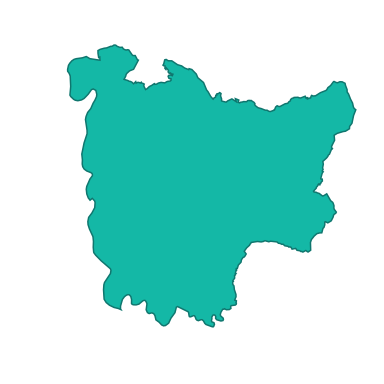 the district of Mica, Cluj, Romania, rotated 281°
{"feature_id": "2599482B98044296653209", "entity_name": "Mica", "entity_type": "district", "adm_level": 2, "iso_a3": "ROU", "parent_name": "Romania", "parent_adm1": "Cluj", "projection": "natural_earth1", "projection_center": [23.988, 47.128], "detail": "fine", "context": "isolated", "style": "filled", "palette": "teal", "viewbox_px": 384, "rotation_deg": 281, "n_neighbors": 0, "source": "geoboundaries", "source_scale": "gbopen_adm2", "svg_char_len": 5990}
<svg xmlns="http://www.w3.org/2000/svg" viewBox="0 0 384 384"><g transform="rotate(281 192 192)"><path d="M304.0,337.1L304.9,335.3L306.3,334.2L310.0,332.6L313.4,329.9L318.0,327.0L319.8,325.2L322.1,324.7L326.0,322.3L327.9,321.5L328.8,318.4L328.5,316.2L327.0,314.0L327.0,312.4L327.6,310.6L327.4,309.9L322.9,307.7L320.4,305.5L318.2,304.8L317.2,304.1L314.0,299.1L310.0,294.9L309.3,292.4L309.7,291.1L308.8,290.6L307.0,290.5L306.1,288.2L305.4,287.9L305.4,287.5L306.6,287.3L306.4,286.8L306.6,286.6L306.4,285.9L306.0,285.9L306.1,285.6L307.6,284.8L305.0,280.7L304.9,279.1L305.2,278.0L304.3,274.1L303.6,273.7L303.2,272.5L301.7,271.2L300.2,271.1L299.1,269.9L297.3,269.0L296.4,266.6L292.7,262.0L292.5,260.7L292.9,259.1L291.4,257.9L288.2,257.3L288.2,256.8L287.4,256.1L285.9,253.5L285.9,251.9L286.6,250.3L286.3,248.2L287.1,244.1L287.3,240.8L288.9,237.6L290.0,236.8L290.8,236.9L291.8,235.8L293.2,232.4L292.6,231.5L292.9,230.7L292.3,229.2L291.1,228.4L290.5,225.1L289.9,224.3L289.5,222.8L288.6,221.8L288.8,220.3L291.2,220.4L291.9,216.8L289.1,218.2L291.0,213.4L288.4,209.8L286.7,208.3L286.9,204.5L287.1,203.6L289.0,203.3L291.8,201.7L294.2,201.7L294.8,200.4L294.8,200.0L293.9,199.6L293.1,197.7L292.3,197.4L291.9,197.8L291.3,196.9L289.6,197.0L288.6,195.7L287.2,195.0L289.3,192.2L293.5,188.6L294.9,186.9L301.7,182.4L305.3,175.9L308.6,173.7L312.2,168.5L312.5,165.6L311.5,165.4L312.3,161.1L313.8,157.8L314.2,153.5L316.9,147.2L316.3,143.6L317.2,141.3L316.5,140.0L312.2,139.8L311.0,139.3L310.6,139.9L310.5,141.6L308.2,141.8L307.3,143.0L308.8,143.2L307.5,145.0L306.3,145.9L305.4,145.6L304.5,146.4L304.2,147.4L304.8,147.8L304.6,148.5L304.1,148.7L304.0,150.8L302.4,150.5L302.7,148.5L302.0,146.8L301.0,146.5L299.2,147.6L299.0,148.2L299.2,149.7L297.6,150.1L296.8,149.5L295.8,146.6L293.9,144.4L293.7,140.7L292.5,138.2L291.0,136.5L290.6,134.8L291.2,134.5L290.9,134.0L289.1,132.3L287.4,130.0L284.8,128.2L283.7,126.9L286.5,124.7L287.7,124.3L288.8,124.5L289.2,123.4L289.2,122.1L290.1,121.3L289.0,120.4L289.3,119.8L289.4,118.5L289.2,117.7L288.2,116.4L289.6,115.7L287.1,114.0L288.4,111.9L288.8,110.1L288.7,109.2L289.2,107.7L289.6,103.8L292.9,104.8L294.8,104.9L296.0,105.4L299.0,107.6L301.3,111.2L311.2,114.2L311.5,113.1L315.1,110.2L314.7,108.0L315.1,107.2L319.4,102.8L319.3,101.2L318.8,100.5L318.8,99.5L319.3,97.4L320.8,95.9L320.2,93.6L320.7,90.8L321.6,89.1L321.4,87.4L319.8,85.8L319.5,84.4L317.2,80.8L316.4,78.4L314.5,74.6L312.9,72.7L310.1,73.3L306.2,74.7L306.9,75.7L303.8,76.5L303.4,66.3L304.8,62.4L302.8,58.8L300.8,53.0L299.7,50.9L297.8,49.0L295.2,47.5L292.8,46.6L288.6,46.5L286.8,46.9L285.1,48.7L282.7,50.3L272.4,52.8L263.8,53.7L262.5,54.8L260.4,58.1L259.8,59.9L259.8,62.5L261.3,66.0L263.2,68.2L265.3,69.6L268.3,71.5L273.3,73.8L274.3,75.4L273.4,78.2L269.7,79.9L267.4,80.1L263.6,79.2L260.3,78.0L254.5,76.7L250.2,74.4L245.9,73.6L242.8,73.6L232.6,77.2L229.2,77.9L219.5,76.7L208.2,76.6L202.6,78.3L198.5,78.9L196.0,79.9L193.9,81.8L192.5,84.8L191.8,88.8L191.1,90.4L190.1,90.9L188.9,91.1L185.4,89.4L177.4,87.6L174.5,87.7L170.0,89.1L166.4,91.3L164.5,93.5L166.7,95.3L164.7,98.1L163.1,98.9L158.1,99.5L152.4,97.8L147.4,95.4L143.2,95.4L140.1,96.2L136.1,98.4L129.3,103.3L124.7,104.7L118.9,105.6L114.4,106.9L113.6,107.3L111.6,109.5L107.1,116.0L101.1,126.5L99.6,127.4L96.4,127.5L86.5,123.4L84.1,123.2L79.2,123.8L70.0,126.2L67.1,128.9L65.1,132.6L63.8,137.5L63.6,141.9L63.0,144.7L63.7,144.1L66.5,143.6L73.3,144.2L76.4,145.7L78.2,147.3L79.0,148.7L79.1,150.2L77.7,151.9L74.9,153.2L71.0,153.9L70.3,154.7L70.1,155.9L70.5,158.6L71.8,161.3L75.8,164.5L76.5,165.7L76.6,166.6L75.8,167.7L73.7,169.1L67.6,169.5L65.1,171.3L64.5,173.1L65.7,175.6L65.3,177.6L63.6,179.2L59.6,181.0L57.9,184.6L55.7,187.6L55.2,189.6L55.9,191.5L58.8,194.1L64.1,195.4L70.3,198.3L75.9,198.6L76.8,199.7L73.7,211.1L72.9,211.7L69.6,212.9L69.1,213.3L69.2,214.5L70.9,217.0L71.0,217.9L70.4,218.7L67.8,220.3L67.1,221.4L66.9,222.8L68.4,225.3L68.5,226.5L67.5,228.0L65.6,229.5L64.6,231.0L63.6,237.2L63.6,238.4L64.1,238.9L66.4,239.3L67.9,238.5L68.4,236.1L69.1,235.7L71.5,235.7L73.1,235.3L75.3,236.2L75.6,237.5L75.3,238.2L74.4,239.0L72.4,239.3L71.3,240.7L70.9,245.0L71.7,246.9L72.7,247.2L74.1,246.7L75.9,243.7L76.9,243.2L79.3,243.3L82.5,244.4L82.9,244.7L83.0,245.7L83.6,246.1L83.0,248.2L83.7,251.0L85.1,252.4L86.9,251.8L87.9,252.1L89.3,256.1L90.2,256.8L91.4,256.8L91.8,256.3L93.6,256.4L94.0,255.7L93.9,254.7L94.2,254.5L97.5,255.2L99.8,254.7L104.3,252.2L107.8,251.1L109.2,249.6L111.7,249.1L112.1,249.6L112.7,249.0L115.6,250.3L118.1,249.7L118.9,250.4L119.5,250.2L120.2,250.7L120.3,250.1L122.8,250.2L123.6,250.6L123.8,250.1L124.4,250.5L125.3,250.1L125.7,251.1L129.1,251.4L132.4,253.5L135.0,253.5L137.5,254.6L138.0,255.5L139.1,256.2L141.5,257.0L143.8,254.6L147.6,256.3L150.8,258.7L151.6,258.7L152.3,259.3L153.8,259.8L155.9,265.7L156.2,269.4L157.0,271.4L158.1,272.9L157.8,276.9L158.7,278.6L159.2,284.9L158.2,286.6L158.3,288.3L157.8,290.1L158.1,291.4L156.9,293.4L157.0,296.5L156.4,297.6L156.8,298.6L156.6,299.8L155.0,301.1L156.4,304.5L154.8,306.2L154.9,309.0L154.3,310.4L154.6,311.1L154.2,312.3L156.3,314.9L155.3,316.9L155.3,317.5L157.5,319.6L165.1,317.9L168.1,318.3L172.0,320.3L174.9,322.5L176.2,325.1L176.7,327.2L181.3,327.5L182.4,328.3L185.1,328.6L187.8,328.1L188.3,328.7L187.6,331.2L190.3,334.2L194.3,335.3L196.3,335.4L197.5,336.0L198.4,337.1L199.8,337.5L202.2,334.9L203.4,334.3L205.6,334.0L208.1,332.6L208.8,331.9L209.9,329.8L215.9,324.6L213.4,321.9L213.0,320.8L214.9,317.1L215.0,315.2L215.4,314.2L215.3,311.7L216.0,311.1L219.4,313.2L220.4,313.2L221.9,314.1L223.6,314.5L224.6,315.3L223.5,315.0L223.3,315.4L223.5,316.2L224.5,316.1L224.9,316.7L226.1,316.9L227.7,317.9L229.5,317.4L229.3,316.2L229.7,315.8L235.3,316.2L236.9,316.9L237.1,316.1L237.6,315.8L239.0,316.4L240.6,315.6L244.3,315.6L247.0,314.6L250.9,317.5L252.8,318.5L254.3,318.8L255.3,319.7L260.7,320.8L260.9,321.4L261.4,321.6L262.0,320.7L263.5,320.3L270.0,322.1L274.8,320.7L277.3,323.4L280.1,328.7L281.0,331.1L284.1,334.5L286.5,334.2L290.0,335.9L297.9,336.0L304.0,337.1Z" fill="#14b8a6" stroke="#0f766e" stroke-width="1.5"/></g></svg>